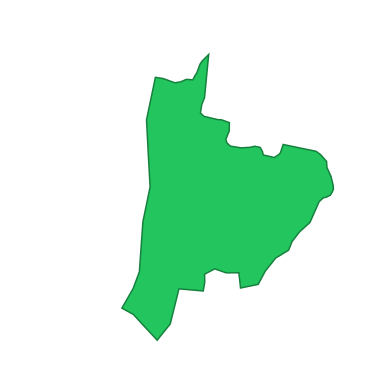 Ilukstes, Albers equal-area conic projection, rotated 53°
{"feature_id": "LVA-5749", "entity_name": "Ilukstes", "entity_type": "Municipality", "adm_level": 1, "iso_a3": "LVA", "parent_name": "Latvia", "parent_adm1": "", "projection": "albers", "projection_center": [26.129, 55.982], "detail": "fine", "context": "isolated", "style": "filled", "palette": "green", "viewbox_px": 384, "rotation_deg": 53, "n_neighbors": 0, "source": "natural_earth", "source_scale": "10m", "svg_char_len": 1008}
<svg xmlns="http://www.w3.org/2000/svg" viewBox="0 0 384 384"><g transform="rotate(53 192 192)"><path d="M141.2,208.0L107.0,184.9L78.4,152.2L78.5,152.1L84.1,146.7L94.4,140.0L97.1,135.0L98.7,128.6L102.9,123.9L100.7,119.2L99.6,116.2L94.7,108.6L93.5,104.9L92.2,95.9L124.2,125.2L128.1,131.6L134.0,137.7L138.8,136.9L149.4,128.1L152.2,124.9L159.1,120.4L165.8,125.7L170.2,133.1L173.7,134.6L178.5,133.7L186.3,126.2L191.2,118.8L193.2,114.4L197.4,110.7L201.9,111.3L205.3,112.8L214.0,105.5L214.3,99.3L213.6,97.4L208.9,90.6L234.2,68.4L239.5,66.8L248.5,66.1L253.7,69.5L263.2,71.6L271.8,75.3L274.9,77.4L276.6,80.4L277.8,83.4L277.0,87.8L275.7,90.7L276.2,96.2L287.3,116.1L288.5,129.8L291.8,141.9L296.6,149.8L295.1,164.9L299.3,181.1L305.6,194.7L297.9,211.0L284.7,203.2L277.1,213.4L267.1,220.1L265.2,231.4L271.5,235.9L277.8,242.6L261.5,260.7L284.3,288.8L289.4,309.0L267.3,311.3L254.6,312.5L242.6,317.9L233.7,297.2L224.1,282.1L186.2,249.1L162.7,222.4L141.2,208.0Z" fill="#22c55e" stroke="#15803d" stroke-width="1.5"/></g></svg>